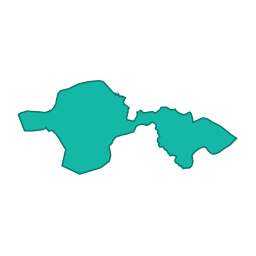 Ngaski, Kebbi, Nigeria, rotated 71°
{"feature_id": "59680162B87284296025200", "entity_name": "Ngaski", "entity_type": "district", "adm_level": 2, "iso_a3": "NGA", "parent_name": "Nigeria", "parent_adm1": "Kebbi", "projection": "robinson", "projection_center": [4.799, 10.576], "detail": "fine", "context": "isolated", "style": "filled", "palette": "teal", "viewbox_px": 256, "rotation_deg": 71, "n_neighbors": 0, "source": "geoboundaries", "source_scale": "gbopen_adm2", "svg_char_len": 4189}
<svg xmlns="http://www.w3.org/2000/svg" viewBox="0 0 256 256"><g transform="rotate(71 128 128)"><path d="M133.9,64.1L133.4,64.3L133.1,64.4L133.1,64.7L133.2,65.0L133.2,65.3L133.2,65.5L133.2,65.8L133.3,66.4L133.4,67.0L133.5,67.2L133.7,68.1L133.8,68.4L133.7,68.7L133.6,68.9L133.6,69.2L133.8,69.6L133.9,69.8L134.0,70.0L133.9,70.1L133.9,70.5L133.8,71.0L131.1,74.3L128.1,76.7L127.7,76.8L127.4,76.7L126.1,77.5L125.8,77.5L125.6,77.4L125.3,80.0L124.7,81.8L120.9,84.8L119.4,89.5L119.5,90.0L119.6,90.4L121.1,91.8L122.9,97.3L120.6,99.3L119.9,102.4L119.5,104.8L119.4,105.4L119.3,106.0L119.2,106.5L119.1,107.0L119.0,107.4L118.8,107.9L118.7,108.1L118.6,108.3L118.5,108.6L118.2,108.8L118.0,109.0L117.7,109.0L117.6,109.4L117.4,109.4L116.8,109.4L116.4,109.5L115.9,109.8L115.7,110.0L115.6,110.6L115.6,111.3L115.7,111.7L115.8,111.9L116.0,112.3L116.2,112.6L116.3,112.8L116.5,113.1L116.6,113.3L116.6,113.6L116.5,113.8L116.3,114.1L116.1,114.2L116.7,114.5L117.9,114.8L118.9,114.9L121.6,117.8L123.4,119.9L123.2,120.9L122.7,122.0L121.9,123.1L119.9,126.1L119.0,126.4L118.6,126.2L118.1,126.1L114.3,123.7L111.4,122.2L111.0,122.0L109.4,121.1L109.6,120.6L109.4,120.5L108.8,120.6L108.5,120.9L107.8,121.4L107.1,121.8L106.4,122.2L105.9,122.7L105.4,123.2L105.1,123.3L104.7,123.6L104.0,124.3L103.8,124.0L103.5,123.8L103.1,124.1L102.6,124.0L102.2,124.1L100.0,122.1L98.6,120.6L97.9,121.2L97.1,122.2L97.1,122.3L97.1,122.8L96.8,122.9L96.8,123.1L96.9,123.5L96.6,123.5L96.4,123.3L96.2,122.9L96.0,123.1L96.3,123.9L96.1,124.0L95.9,123.9L95.7,124.1L95.6,124.4L95.7,125.3L95.6,125.5L95.3,125.0L94.3,125.9L93.7,125.8L93.4,126.0L92.9,126.1L93.2,126.2L93.3,126.3L93.6,126.3L93.7,126.6L93.4,127.3L93.0,127.8L92.8,127.7L92.7,128.0L92.5,129.1L92.3,129.2L92.1,127.9L91.8,128.0L91.5,128.7L91.2,128.9L91.2,129.0L91.3,129.3L91.1,129.4L89.7,130.5L88.4,131.1L81.8,133.9L75.9,136.5L73.8,140.2L73.8,140.3L71.4,150.2L70.3,159.9L70.3,160.3L71.0,166.7L71.6,171.3L71.1,177.1L70.9,179.6L72.4,182.7L75.9,184.9L77.4,185.9L81.7,188.3L85.1,192.2L86.2,194.6L86.2,196.6L86.2,196.8L86.7,196.8L86.4,201.7L86.3,201.9L83.9,206.7L83.6,207.5L79.1,218.3L79.0,224.3L79.0,225.0L79.4,226.5L79.5,227.2L81.0,227.3L96.9,226.7L99.6,219.4L101.5,210.3L101.6,206.7L101.0,205.6L100.9,205.4L105.3,204.0L105.1,201.2L106.5,200.1L107.9,199.4L110.2,198.0L112.2,197.5L114.3,196.8L116.0,196.4L117.3,196.3L119.1,195.9L120.0,195.7L121.1,195.5L122.2,195.2L123.9,194.8L125.0,194.6L128.0,193.8L142.2,202.6L155.8,188.7L156.6,166.9L153.3,156.5L148.5,153.4L145.8,152.9L143.0,152.4L138.9,152.1L137.3,148.3L135.1,146.4L133.9,144.8L132.5,142.4L132.5,139.2L132.6,137.7L132.6,135.9L133.1,131.6L133.2,128.6L133.4,124.0L131.7,122.1L129.4,120.2L128.4,116.9L129.5,112.1L130.9,110.5L131.2,110.2L131.3,110.1L131.7,107.5L130.3,103.6L130.7,102.8L130.8,102.6L131.5,102.0L132.5,101.2L133.2,100.6L133.8,100.4L135.7,100.9L136.5,101.4L137.1,102.2L137.5,102.3L138.1,102.2L138.5,101.7L139.2,101.1L139.9,100.7L140.5,100.4L141.2,100.5L141.9,101.4L142.5,101.6L143.9,101.3L145.4,100.9L146.2,100.8L146.8,101.1L147.0,102.1L147.5,103.1L148.9,104.2L149.9,104.3L151.2,104.4L152.0,103.7L152.4,103.3L152.9,103.5L153.4,104.5L155.0,104.5L156.0,104.2L156.5,103.9L156.6,103.6L156.7,103.4L156.7,102.4L156.9,101.8L156.9,101.7L157.2,101.2L157.5,100.9L158.0,100.6L159.4,100.6L160.9,100.0L161.3,99.3L161.9,98.6L163.3,98.6L164.9,98.1L166.3,97.5L167.3,97.6L167.9,97.2L168.1,96.5L168.2,95.8L168.0,95.1L168.1,94.5L168.2,94.4L168.3,94.1L168.9,93.6L169.5,92.9L170.2,92.0L170.6,91.6L171.2,91.8L171.9,92.2L172.4,92.9L172.9,93.5L173.8,94.0L174.3,94.3L174.5,94.4L175.9,94.2L176.9,93.8L177.0,93.8L177.3,93.0L177.3,92.8L177.6,92.5L177.8,92.3L179.5,92.2L180.1,92.1L180.4,91.8L181.0,90.4L181.0,90.2L181.3,89.9L181.6,90.1L181.9,90.3L182.2,90.1L182.3,90.0L182.6,89.5L183.1,89.3L184.2,89.3L184.5,87.1L185.4,84.3L185.7,82.2L184.0,79.6L181.1,77.6L176.5,76.9L174.3,76.1L172.0,71.7L171.0,68.9L170.5,66.3L170.4,62.5L170.4,62.4L172.0,60.5L175.7,59.5L179.6,57.2L180.7,55.0L180.8,54.8L180.8,54.1L180.6,49.9L178.2,41.7L177.2,37.0L175.8,34.1L174.2,30.9L173.2,28.7L167.7,32.8L163.5,35.4L156.6,39.9L150.0,46.2L145.4,49.9L143.4,53.0L142.8,53.9L143.8,64.7L143.5,64.6L139.9,63.9L135.3,63.7L133.9,64.1Z" fill="#14b8a6" stroke="#0f766e" stroke-width="1.5"/></g></svg>